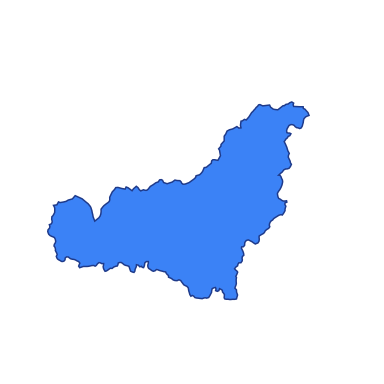 Aimorés, Minas Gerais, Brazil, rotated 218°
{"feature_id": "56859067B19214757197115", "entity_name": "Aimorés", "entity_type": "district", "adm_level": 2, "iso_a3": "BRA", "parent_name": "Brazil", "parent_adm1": "Minas Gerais", "projection": "robinson", "projection_center": [-41.221, -19.66], "detail": "fine", "context": "isolated", "style": "filled", "palette": "blue", "viewbox_px": 384, "rotation_deg": 218, "n_neighbors": 0, "source": "geoboundaries", "source_scale": "gbopen_adm2", "svg_char_len": 5778}
<svg xmlns="http://www.w3.org/2000/svg" viewBox="0 0 384 384"><g transform="rotate(218 192 192)"><path d="M284.3,78.4L282.9,77.5L282.0,75.8L282.2,73.7L281.4,72.1L280.3,71.3L278.9,70.5L277.0,70.3L275.1,70.7L273.9,71.1L272.4,71.4L270.8,70.7L269.0,69.2L268.4,67.7L268.3,66.1L267.5,64.5L265.8,64.0L264.3,62.8L263.6,61.7L262.2,61.1L260.9,60.5L259.7,59.7L259.3,57.7L257.8,56.8L256.6,56.4L255.1,56.5L253.7,56.8L252.2,56.9L251.0,57.7L250.3,58.9L250.3,60.4L251.3,61.9L250.9,63.7L249.5,64.6L248.1,64.6L246.7,64.6L245.0,65.3L243.5,66.2L242.1,66.7L240.3,66.9L238.5,67.4L236.6,66.9L236.2,65.4L235.7,63.8L233.9,63.2L232.8,64.9L231.7,66.5L230.0,67.8L228.2,69.3L226.8,70.9L225.6,72.4L224.1,73.7L222.7,73.9L222.2,75.2L222.3,77.1L221.9,79.0L220.8,79.7L219.0,80.0L217.6,81.2L216.7,79.9L216.0,78.4L214.7,77.3L213.4,76.6L211.7,76.0L210.8,77.1L210.3,78.5L209.9,79.9L209.4,81.6L207.9,82.6L207.5,84.6L206.4,86.5L205.3,87.7L205.6,89.0L206.4,90.7L205.6,91.9L204.4,92.9L202.6,93.0L200.9,92.9L199.4,93.2L197.5,94.1L195.9,94.6L194.4,93.6L192.9,92.6L191.6,91.8L189.8,92.2L188.2,92.9L188.3,94.5L189.1,95.8L189.6,97.4L189.9,98.9L191.0,100.5L189.2,101.3L187.1,100.9L186.1,102.3L184.8,102.0L183.6,102.6L184.1,104.5L184.9,105.9L185.6,107.4L185.1,109.1L183.6,110.3L182.6,109.1L181.8,107.1L180.6,105.8L179.1,105.1L177.1,105.3L175.4,105.3L173.7,105.7L172.6,107.2L172.3,109.0L171.0,109.7L169.7,110.0L168.2,110.6L166.7,111.3L165.1,111.9L163.6,112.8L162.3,112.1L160.6,111.7L159.2,111.7L158.0,110.4L155.9,111.0L154.1,111.2L152.8,111.1L151.0,111.7L149.2,112.9L148.2,114.8L146.3,115.3L145.0,114.8L143.4,114.4L141.4,113.8L139.6,114.1L138.0,114.5L136.0,114.2L134.8,113.1L133.7,112.1L132.1,111.0L130.5,109.8L128.7,109.2L128.2,110.6L126.6,111.0L124.7,110.6L122.9,111.4L121.9,112.1L120.6,112.8L119.5,113.5L118.3,114.2L117.6,115.4L116.6,116.7L115.1,117.4L113.9,119.1L114.1,121.2L114.5,123.3L114.8,124.9L115.7,126.3L116.6,128.3L115.6,130.2L114.7,131.2L113.3,130.3L112.7,128.8L110.9,129.3L110.1,130.8L110.8,132.8L109.3,133.1L107.6,133.2L106.4,132.0L104.9,131.7L103.3,131.1L102.3,129.6L101.5,128.4L100.3,127.9L98.8,128.7L97.6,129.7L96.4,130.3L95.3,131.1L93.9,132.5L92.3,133.7L91.1,135.1L91.8,136.7L92.7,138.9L94.1,139.8L95.2,140.5L96.8,142.3L99.0,142.6L99.6,144.2L100.1,145.9L100.8,147.3L102.2,148.8L103.5,150.5L104.3,152.0L105.5,152.5L106.0,154.8L106.7,157.0L108.1,157.4L109.6,157.4L111.2,157.7L111.2,160.1L110.6,161.9L111.3,163.2L111.5,165.0L109.9,166.4L110.0,168.5L110.7,169.7L111.7,170.5L112.6,172.2L112.2,174.0L113.2,175.1L114.5,176.1L115.9,176.9L117.1,177.5L118.4,178.1L119.1,179.3L117.8,180.5L117.7,182.3L118.5,183.5L119.3,184.7L119.4,187.2L118.2,188.9L117.0,189.2L115.4,189.5L113.9,189.8L112.2,189.8L110.1,190.0L109.4,191.3L108.7,192.4L108.9,194.5L109.9,196.2L111.2,197.5L112.0,198.7L111.5,200.1L110.9,201.6L110.2,203.2L110.0,204.6L110.4,206.5L110.0,208.5L109.2,210.5L109.3,212.5L110.5,213.3L111.3,214.5L111.8,216.3L111.8,218.0L111.2,219.7L111.3,221.2L110.7,223.1L110.0,225.0L109.2,227.2L107.9,229.0L106.7,229.4L106.7,231.2L106.9,232.8L107.2,234.6L108.1,235.7L108.7,237.0L109.3,238.6L111.1,239.3L112.0,240.6L111.0,242.4L112.1,243.3L113.2,242.1L114.3,241.2L115.9,240.7L118.0,240.7L119.7,240.3L121.4,241.2L123.0,242.6L123.9,243.6L124.2,245.6L124.3,248.3L124.7,250.5L125.4,252.9L126.2,254.6L126.8,255.8L128.1,257.1L129.8,257.9L131.4,258.9L133.0,259.3L134.1,258.6L133.7,261.1L133.2,263.3L133.3,265.9L132.4,267.8L131.3,268.7L130.1,270.4L130.1,272.5L130.7,275.0L132.4,275.6L133.8,276.8L135.6,277.7L137.6,278.7L138.6,280.3L139.1,282.3L140.5,282.9L141.7,283.4L143.3,284.5L144.8,285.6L146.3,286.4L147.7,287.2L149.2,287.9L150.4,288.5L150.4,289.9L150.6,291.5L150.2,293.0L150.4,295.1L149.6,296.6L149.9,298.8L151.3,298.6L152.4,297.7L153.8,297.2L155.3,298.7L156.0,300.5L156.3,302.7L156.5,304.2L155.5,306.1L153.9,307.1L152.4,307.4L151.0,307.0L149.2,307.1L147.8,307.9L146.2,308.3L145.4,309.7L145.7,311.9L146.4,313.4L147.1,315.2L148.1,316.8L148.9,318.6L148.7,321.2L147.9,322.8L146.9,324.4L149.5,326.0L152.0,326.4L153.9,326.8L155.7,326.4L156.9,327.6L158.2,326.6L159.9,325.3L164.6,322.0L166.0,323.0L166.6,324.6L168.8,324.4L169.9,322.6L170.4,320.6L172.0,318.8L172.4,316.9L173.4,316.0L175.0,309.6L177.6,308.0L179.0,307.3L180.8,307.3L182.2,307.2L184.4,308.3L189.3,303.4L192.3,302.7L193.2,301.6L193.1,300.0L193.5,298.0L193.4,296.3L193.6,294.8L193.6,293.0L193.9,291.3L193.4,286.3L193.6,282.2L195.4,281.5L196.1,279.1L197.0,278.0L194.9,274.4L192.9,272.7L194.4,271.2L196.9,271.2L197.8,269.0L198.8,266.7L200.8,264.1L201.9,261.6L201.1,258.5L201.0,255.8L198.1,252.1L198.3,249.1L198.4,247.4L197.4,245.8L197.6,242.4L196.1,241.9L191.9,238.1L191.1,232.9L192.7,232.0L194.0,231.4L195.4,230.3L195.7,228.7L194.5,226.5L195.4,222.8L195.9,220.3L197.4,218.7L196.3,214.7L196.3,212.5L196.6,210.3L198.8,207.3L198.1,205.6L198.4,203.5L200.1,197.6L202.3,194.0L203.9,192.6L205.6,192.6L206.9,193.3L208.5,193.5L210.9,191.8L212.8,190.9L213.7,187.7L216.7,183.2L220.2,182.0L222.5,183.1L223.9,182.8L225.0,181.6L224.8,179.2L226.2,177.0L227.2,173.6L228.3,170.8L228.3,167.1L228.7,165.5L229.9,164.5L231.6,163.9L233.1,161.3L235.0,161.4L237.2,162.2L239.4,162.2L239.7,160.5L240.1,158.6L240.0,156.1L245.0,156.0L247.0,155.4L246.5,153.1L249.6,151.5L253.2,150.0L254.8,148.5L254.6,146.3L254.9,143.0L254.3,140.2L253.6,137.2L252.0,135.2L251.4,133.7L251.7,131.8L252.3,129.9L253.0,127.0L253.1,125.5L253.1,122.5L251.5,120.5L250.3,118.5L249.6,116.5L249.5,114.3L250.3,110.9L250.7,109.2L254.7,111.6L256.1,112.9L257.9,114.3L259.5,115.7L262.3,117.6L263.6,118.1L266.7,118.8L269.2,118.8L272.0,118.9L274.4,119.0L281.8,117.2L282.0,112.9L284.6,109.4L285.4,107.2L287.2,104.9L289.4,102.5L291.1,102.0L290.6,98.7L292.9,96.2L291.1,95.4L289.8,94.3L287.6,91.3L287.2,89.2L287.0,87.7L287.2,86.3L285.8,84.1L284.2,82.9L283.5,81.8L283.3,80.2L284.3,78.4Z" fill="#3b82f6" stroke="#1e3a8a" stroke-width="1.5"/></g></svg>